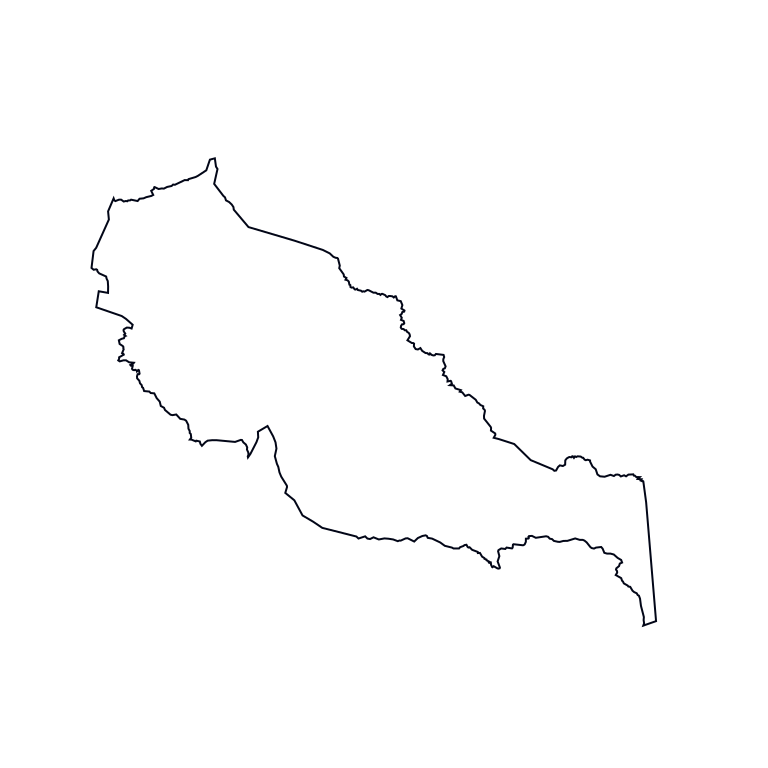 outline of Tlacoapa, Guerrero, Mexico, rotated 280°
{"feature_id": "50627088B33975592508393", "entity_name": "Tlacoapa", "entity_type": "district", "adm_level": 2, "iso_a3": "MEX", "parent_name": "Mexico", "parent_adm1": "Guerrero", "projection": "natural_earth1", "projection_center": [-98.789, 17.209], "detail": "fine", "context": "isolated", "style": "outline", "palette": "ink", "viewbox_px": 768, "rotation_deg": 280, "n_neighbors": 0, "source": "geoboundaries", "source_scale": "gbopen_adm2", "svg_char_len": 6140}
<svg xmlns="http://www.w3.org/2000/svg" viewBox="0 0 768 768"><g transform="rotate(280 384 384)"><path d="M409.6,87.3L405.4,113.9L403.3,118.6L398.7,126.2L394.8,125.8L395.2,123.5L394.9,120.9L392.9,118.5L391.9,118.1L390.6,118.6L388.7,120.4L387.3,119.5L386.5,121.1L386.0,120.3L383.9,119.9L383.0,117.9L381.0,115.3L377.5,116.7L376.0,120.2L375.1,121.0L374.1,121.0L373.0,121.6L368.9,120.7L368.5,122.1L367.7,122.6L364.3,118.5L362.7,118.8L361.1,118.2L360.4,119.8L362.1,123.4L362.5,125.9L361.1,129.3L361.5,134.0L360.4,133.5L358.7,130.9L358.1,131.5L358.1,133.4L355.2,133.2L354.4,134.0L354.2,135.5L354.8,136.5L354.3,138.1L353.5,138.5L355.2,139.6L355.0,140.3L351.7,141.5L351.1,141.1L350.9,139.7L348.7,139.4L346.7,139.9L344.7,142.5L342.3,143.6L340.9,145.5L338.8,146.4L338.4,147.4L335.4,149.0L335.8,154.2L334.6,155.8L334.9,159.4L330.6,162.6L327.7,166.2L323.6,168.0L322.4,171.5L320.4,172.8L316.7,179.1L316.6,181.1L317.9,184.7L314.3,189.4L314.3,193.6L313.5,195.5L309.8,198.3L306.0,199.2L304.0,200.8L302.0,201.2L301.2,202.4L297.6,203.5L295.6,202.5L295.8,204.0L294.8,208.6L295.6,209.0L295.4,212.6L293.2,213.6L291.5,215.4L295.7,218.2L297.6,220.2L298.9,224.8L299.6,229.1L301.1,247.4L304.1,252.7L304.2,253.8L302.1,255.6L300.4,258.5L297.8,260.3L295.7,260.4L292.9,262.3L290.7,262.8L289.1,262.4L288.1,262.8L292.0,264.6L304.6,268.5L309.6,269.4L315.1,268.1L322.4,276.6L313.1,284.0L307.7,287.3L301.7,289.3L294.0,289.0L286.8,292.4L284.0,294.3L278.8,296.4L274.9,298.9L267.0,306.0L265.7,306.4L259.6,305.7L253.9,315.9L240.4,326.6L236.1,338.1L231.6,348.2L229.0,383.3L227.4,385.7L230.7,391.9L228.9,394.5L228.9,397.2L231.2,400.3L230.0,405.9L232.0,411.2L232.4,415.2L232.5,420.0L231.6,424.9L232.5,426.3L232.7,427.7L235.7,432.1L236.2,434.1L234.1,441.1L238.2,444.1L241.0,448.2L242.2,451.3L241.8,452.6L240.1,453.8L240.1,458.2L237.7,466.9L235.2,472.0L234.7,479.3L234.1,481.0L235.1,486.5L236.5,487.3L238.3,490.4L239.3,491.2L240.0,493.1L238.0,494.7L237.6,495.5L238.1,496.6L236.0,499.6L234.9,505.5L233.8,505.8L234.3,507.8L231.0,510.6L230.0,513.1L229.3,513.3L228.9,515.4L228.2,515.6L227.3,518.5L226.7,518.1L226.1,518.7L226.7,520.2L224.6,520.8L222.5,522.3L222.4,522.7L223.6,523.7L222.1,527.8L222.1,528.9L222.6,529.9L223.4,530.0L229.0,526.7L234.5,527.5L239.1,525.4L240.3,525.6L242.4,528.0L242.6,532.1L244.2,533.1L244.3,538.6L245.2,539.1L248.2,538.9L248.7,539.4L249.3,548.9L249.7,549.6L250.5,550.4L253.2,551.1L256.3,550.6L256.9,553.1L257.6,553.4L258.6,552.8L259.4,553.2L260.1,556.1L258.9,560.2L262.2,570.1L262.0,572.2L260.5,574.0L260.4,576.5L259.0,578.5L258.8,582.6L259.0,584.5L260.6,587.9L261.4,591.9L265.1,599.1L264.5,603.8L265.0,606.9L264.6,608.6L263.2,611.1L259.2,615.6L258.5,617.0L258.4,619.4L259.7,621.2L261.2,626.2L259.8,627.9L256.0,630.3L255.7,633.2L256.3,636.5L256.0,639.9L253.3,644.3L251.9,648.1L249.5,649.5L248.1,647.4L245.5,647.1L242.8,644.8L241.5,644.7L240.2,646.0L238.7,646.4L236.1,645.4L234.0,651.3L231.6,652.6L231.0,653.6L229.3,654.8L227.8,659.0L227.0,659.8L227.0,661.7L223.6,664.6L222.5,666.5L221.8,669.2L220.2,670.5L219.8,671.8L217.1,673.4L210.1,675.6L199.6,680.4L196.5,680.7L193.5,681.7L191.1,681.3L197.7,693.1L313.0,662.7L333.1,656.3L333.5,655.6L333.1,655.1L333.5,653.5L334.9,654.1L334.5,650.1L335.3,650.3L335.5,651.1L336.7,652.0L336.2,648.6L337.3,646.9L337.2,645.9L338.3,645.2L337.2,640.4L335.1,638.4L335.8,636.3L334.1,633.3L335.3,631.4L335.4,629.7L334.9,627.9L333.3,626.4L333.9,622.8L331.0,617.4L330.6,612.8L332.0,609.9L336.8,607.3L338.9,603.7L343.4,600.4L344.5,600.2L344.8,597.6L344.0,596.0L344.3,594.7L345.9,593.0L345.8,592.2L346.7,590.3L346.4,587.2L345.5,586.0L345.9,584.7L344.2,583.9L345.6,582.5L345.5,581.9L344.4,581.4L344.3,579.3L343.9,578.6L342.4,576.9L340.3,575.8L336.0,576.4L334.3,574.4L334.4,571.3L332.5,569.8L328.7,568.5L328.1,566.8L329.3,564.9L334.5,541.7L347.5,522.7L349.7,506.7L350.1,501.4L353.3,502.5L354.6,502.1L356.7,497.4L359.3,497.1L360.3,496.5L367.3,488.6L370.0,488.0L375.0,488.1L376.1,487.5L377.1,485.9L379.3,485.6L380.1,482.5L381.3,481.1L382.0,479.1L384.4,477.1L388.1,470.1L388.1,469.0L386.3,466.0L389.4,462.5L389.6,460.0L391.3,460.8L392.0,455.1L394.7,452.9L394.3,449.1L396.1,450.8L398.4,449.6L398.7,449.1L397.5,446.1L399.8,445.9L402.4,444.0L403.1,440.5L406.3,441.3L407.6,439.3L409.2,439.8L410.0,441.2L412.1,441.6L416.8,438.4L418.8,438.1L421.0,438.6L423.0,437.6L422.6,429.9L421.1,429.0L420.7,427.6L420.9,426.0L422.1,424.0L420.9,423.7L420.9,422.7L421.9,421.5L421.7,419.5L423.3,415.8L425.7,413.6L423.9,411.4L423.9,409.1L426.2,406.9L429.0,406.6L429.4,405.7L429.2,404.3L431.1,399.5L435.6,401.3L437.4,400.6L438.6,399.5L439.5,397.5L440.8,396.6L440.5,395.1L441.5,393.8L441.4,391.8L442.5,390.7L444.3,390.7L445.9,391.4L446.3,392.9L447.4,393.4L449.5,392.4L450.1,389.6L452.3,390.0L454.7,387.9L456.0,389.2L458.1,389.6L458.8,391.3L459.9,391.4L461.3,388.0L464.9,388.4L467.4,386.8L468.5,386.1L468.7,382.6L472.4,380.5L472.4,379.8L470.9,378.6L471.8,377.1L471.7,374.4L471.4,373.3L470.2,372.3L470.6,371.0L471.7,369.8L472.5,366.8L472.3,366.0L471.1,365.0L471.9,363.8L471.6,362.0L472.5,360.0L472.1,357.7L473.7,352.6L473.7,351.3L471.6,348.8L471.7,347.4L471.1,346.5L471.9,345.1L472.0,342.0L473.1,340.9L472.1,339.7L472.1,338.7L473.8,336.9L473.3,335.4L473.6,334.2L475.6,333.6L475.8,332.7L478.8,331.5L479.8,330.0L480.0,328.0L481.9,328.6L482.9,325.9L484.9,325.3L490.3,319.8L492.9,319.9L499.5,316.9L500.0,316.1L499.9,314.4L500.5,312.0L503.2,307.9L505.4,300.5L509.6,271.0L515.0,223.3L529.6,205.8L532.1,205.0L534.3,202.9L536.3,199.9L537.4,196.5L540.2,195.0L541.4,193.1L551.6,182.0L566.8,182.7L568.9,180.8L576.9,178.2L574.7,173.6L563.6,171.9L556.6,164.5L555.1,162.5L551.8,155.9L550.7,155.6L550.2,152.3L543.9,143.5L543.8,141.7L542.1,140.4L540.4,136.2L538.2,133.3L538.0,131.2L536.9,128.2L538.1,123.9L537.8,123.5L536.2,123.6L533.8,121.2L530.1,123.9L528.8,122.2L526.7,117.4L525.1,115.0L524.0,111.1L521.4,109.6L521.6,102.9L520.8,102.2L520.3,100.1L519.4,99.5L519.4,98.0L518.5,96.0L519.9,93.1L519.5,91.0L517.5,87.7L518.0,86.6L519.9,85.5L506.1,82.3L498.2,84.5L468.1,76.9L464.5,74.9L447.5,75.8L446.1,78.2L447.0,80.7L446.6,81.7L445.1,82.3L443.5,84.3L441.6,91.7L439.6,92.5L437.4,94.1L432.1,95.4L425.8,96.4L425.8,87.0L409.6,87.3Z" fill="none" stroke="#020617" stroke-width="2"/></g></svg>